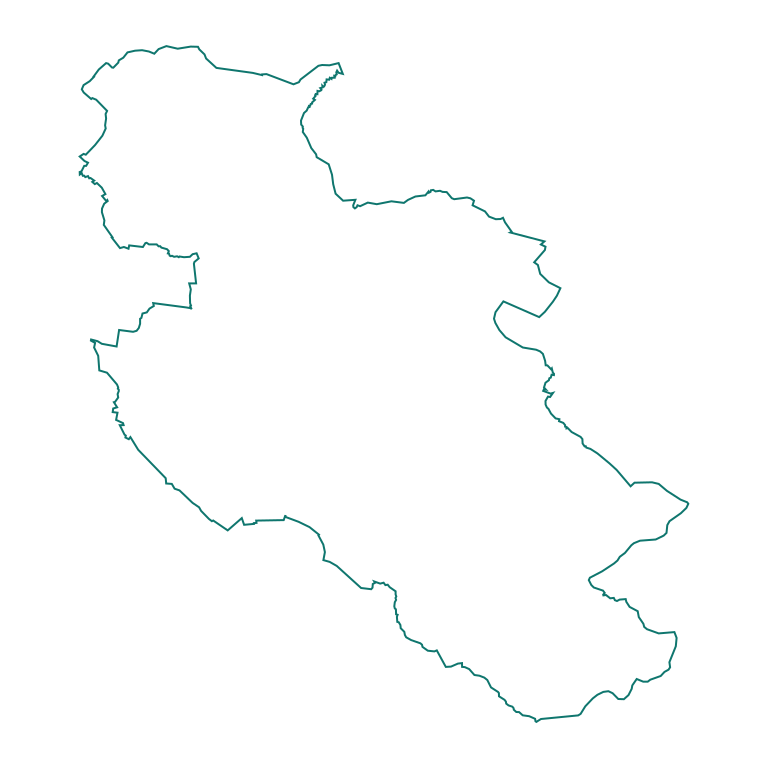 Remetea Chioarului, Maramures, Romania
{"feature_id": "2599482B30714970991865", "entity_name": "Remetea Chioarului", "entity_type": "district", "adm_level": 2, "iso_a3": "ROU", "parent_name": "Romania", "parent_adm1": "Maramures", "projection": "equal_earth", "projection_center": [23.534, 47.521], "detail": "fine", "context": "isolated", "style": "outline", "palette": "teal", "viewbox_px": 768, "rotation_deg": 0, "n_neighbors": 0, "source": "geoboundaries", "source_scale": "gbopen_adm2", "svg_char_len": 6014}
<svg xmlns="http://www.w3.org/2000/svg" viewBox="0 0 768 768"><path d="M503.0,217.8L500.6,219.0L495.8,219.2L489.0,216.6L485.0,211.4L472.6,205.3L474.0,200.7L470.4,198.3L467.0,197.5L454.2,199.2L451.8,198.2L446.7,192.1L442.6,191.9L440.0,190.8L435.5,191.4L433.2,189.9L430.9,190.3L430.5,191.9L428.9,192.7L428.5,191.5L425.4,195.3L415.4,196.5L408.0,199.9L403.9,202.9L391.4,201.3L376.8,204.2L367.8,202.6L360.1,206.2L357.5,205.3L356.6,207.2L354.9,208.4L353.4,207.1L353.2,205.3L355.4,199.8L343.1,200.7L335.6,193.7L333.2,184.2L332.0,174.7L328.7,164.3L316.7,157.2L316.1,154.3L311.3,148.1L306.8,137.7L302.8,132.0L303.2,128.7L302.6,127.8L302.8,126.5L301.2,124.6L301.0,120.6L304.0,113.0L306.7,110.6L308.2,107.3L309.4,107.1L309.1,105.8L310.2,105.7L310.7,104.0L312.1,103.6L312.1,102.4L314.9,99.9L313.2,98.7L315.6,95.9L315.1,95.2L315.7,94.0L317.4,94.2L317.5,90.9L319.2,91.3L321.3,90.2L321.5,89.5L320.3,88.1L322.6,87.4L322.4,85.8L323.4,86.8L324.1,86.5L325.0,84.7L324.5,82.7L326.3,82.2L326.6,79.4L329.2,79.7L329.8,77.8L331.5,78.9L331.7,77.8L334.6,77.7L334.3,75.9L335.3,76.2L335.5,75.1L336.7,74.4L336.3,72.3L337.1,70.6L338.6,72.8L342.8,73.9L338.6,63.1L329.5,65.3L322.1,65.0L318.4,65.8L300.5,79.5L298.9,82.2L293.5,84.3L266.5,74.1L262.1,74.4L262.1,75.1L252.8,72.9L216.4,67.9L206.1,58.5L204.5,54.4L199.3,49.4L198.0,46.8L190.7,46.6L177.7,48.7L166.4,46.1L158.6,49.1L154.3,53.7L148.9,51.5L142.1,50.2L135.0,50.7L127.5,52.4L123.3,57.7L118.8,60.4L118.3,62.6L113.3,67.7L112.0,67.5L108.2,63.7L106.1,63.1L98.8,69.5L93.5,76.7L93.9,76.9L89.7,81.2L83.6,85.1L81.8,89.3L83.7,92.5L91.2,99.0L92.3,98.1L96.2,99.7L107.1,110.9L105.6,114.0L106.1,118.5L105.1,125.3L105.7,128.5L102.4,135.7L95.0,145.1L85.8,154.7L83.6,153.9L79.7,156.5L84.5,161.0L88.0,162.7L86.1,165.9L84.2,165.9L81.5,171.3L79.7,172.0L79.8,174.5L81.7,173.1L82.8,175.8L84.2,175.7L85.3,177.1L88.0,176.1L89.2,178.3L90.5,178.0L94.2,180.6L92.3,181.9L94.8,184.1L96.9,183.0L101.8,187.7L105.4,194.1L102.1,196.0L105.8,200.5L106.7,200.9L107.3,200.1L107.7,201.0L104.2,203.7L102.0,208.6L101.9,212.2L104.4,220.4L103.8,224.9L112.5,237.3L111.8,237.6L120.0,248.1L123.9,247.0L128.5,248.7L129.2,245.4L142.9,247.0L145.4,243.1L146.6,242.8L149.0,244.4L156.7,244.4L158.6,246.3L160.2,246.2L161.4,247.6L167.0,249.2L168.8,251.1L167.9,253.4L169.0,253.6L169.7,255.7L170.8,256.2L172.0,255.8L174.1,256.8L177.1,256.3L178.8,257.2L179.5,256.5L184.0,257.2L189.9,256.8L192.6,254.2L196.6,253.3L198.7,258.4L194.4,262.0L193.9,263.7L196.1,283.4L189.2,283.4L190.8,289.4L189.9,295.6L190.1,303.3L191.0,305.6L190.2,306.2L191.7,309.2L190.8,308.2L186.0,307.4L153.2,303.1L153.8,306.0L149.5,308.6L146.8,312.4L142.5,313.5L141.4,317.9L140.1,318.8L140.1,323.8L138.8,328.0L136.6,330.8L133.1,331.8L119.1,330.0L116.6,346.5L101.8,343.8L97.6,341.2L91.1,339.5L90.9,340.6L95.1,342.9L94.1,347.5L98.2,355.8L99.3,370.4L107.0,372.7L117.0,384.5L118.2,387.4L117.8,388.7L118.7,389.5L118.8,391.0L117.6,394.1L118.2,397.5L115.1,401.8L113.9,402.2L117.1,407.3L113.2,408.5L112.7,412.1L117.5,412.7L116.1,419.9L123.0,423.1L123.6,425.1L119.8,425.2L124.5,434.6L125.8,435.6L125.4,437.5L128.8,439.2L130.4,437.1L138.2,449.8L165.7,478.2L166.2,483.5L171.8,483.9L174.6,488.7L179.5,490.4L192.6,502.9L199.1,507.3L201.1,510.9L209.0,519.0L211.9,521.2L213.2,520.5L227.7,530.4L241.8,518.1L244.1,524.8L254.0,523.9L253.9,523.1L256.5,522.9L256.2,520.6L283.7,520.1L285.4,515.2L285.7,517.0L298.6,521.8L309.5,527.1L319.0,534.7L318.4,535.4L323.3,544.6L324.9,552.1L323.4,560.1L329.7,561.9L336.7,565.9L361.1,588.0L371.2,589.2L372.5,587.7L372.8,584.0L375.1,582.8L374.3,581.5L380.2,583.6L383.6,582.7L385.4,585.1L387.7,584.7L389.7,587.2L395.6,591.3L395.6,594.4L396.3,596.5L395.5,598.0L396.1,599.9L394.8,602.2L394.3,606.3L394.8,608.4L395.9,609.3L396.1,614.3L397.6,614.8L396.9,616.8L397.3,621.9L398.7,622.2L400.4,625.0L400.7,628.2L404.3,631.8L404.9,635.0L406.2,637.3L411.2,640.1L420.4,643.3L422.0,644.7L422.5,646.9L427.8,650.7L434.4,651.4L436.8,650.4L445.8,666.9L451.0,666.6L457.9,663.6L462.0,663.1L462.1,666.9L464.8,667.1L469.2,669.1L474.4,675.0L479.4,675.7L484.3,677.6L487.3,680.0L491.0,687.4L498.1,692.0L498.9,693.1L499.0,696.3L504.5,699.8L505.9,701.6L506.2,703.6L508.5,705.4L512.4,706.7L513.6,708.2L513.8,709.7L516.3,712.0L519.1,712.1L522.7,715.3L529.2,716.2L535.1,718.8L535.5,721.3L536.3,721.9L541.0,719.0L578.2,715.4L580.6,713.9L585.3,706.3L592.8,698.4L597.4,694.8L603.3,691.9L608.4,691.2L612.6,693.2L618.3,699.0L623.9,699.2L628.5,695.1L631.7,688.8L632.3,685.4L636.7,679.0L643.3,681.7L647.7,681.7L650.3,679.7L660.7,676.0L664.5,671.9L668.5,669.7L670.1,667.3L669.4,662.2L675.8,646.3L676.6,637.9L674.4,632.1L658.7,633.4L647.0,629.2L644.2,626.9L643.4,623.8L638.8,617.1L637.7,611.2L629.6,606.9L626.3,601.8L625.7,599.1L619.6,599.6L617.0,601.0L614.9,600.2L613.8,597.9L610.2,598.3L606.0,595.0L603.4,595.4L603.2,594.6L604.7,592.9L603.0,590.6L593.8,587.5L591.3,585.0L588.8,580.1L589.9,577.7L602.0,571.4L614.0,563.5L617.5,560.5L619.8,556.8L625.0,552.9L631.3,545.3L633.9,543.2L640.0,540.7L655.7,539.5L663.7,535.6L666.5,532.9L667.3,525.1L669.5,521.2L680.9,513.2L686.4,507.9L688.3,503.8L687.2,502.3L680.5,499.6L667.0,490.9L658.7,483.9L652.0,482.3L634.5,482.7L630.6,486.3L616.7,470.0L609.5,463.4L597.4,453.4L590.4,448.9L586.3,447.6L585.7,446.2L584.6,446.4L582.6,443.5L582.4,439.1L580.6,436.9L571.6,432.0L567.8,428.1L566.5,428.4L566.6,427.0L565.1,426.6L565.1,425.1L563.3,422.9L559.0,421.2L559.4,419.2L555.6,418.4L551.0,413.6L548.4,408.8L546.9,407.5L545.6,404.6L545.5,401.0L548.0,396.6L550.1,397.0L553.0,392.9L550.6,393.6L543.2,390.9L544.0,389.1L545.8,389.5L544.0,387.5L545.5,382.7L548.9,380.2L549.3,378.3L550.8,377.6L551.6,374.7L553.9,375.1L554.0,373.9L552.8,372.5L551.8,368.4L551.1,369.3L547.4,365.4L545.7,365.3L545.1,360.8L542.9,353.9L540.1,351.4L536.1,349.7L522.8,347.5L505.6,337.3L499.4,330.1L495.4,323.0L494.0,318.7L495.5,312.2L503.4,301.4L539.2,317.1L544.9,311.8L552.9,301.7L556.9,295.7L560.4,288.2L548.8,282.3L540.2,273.9L537.9,265.0L534.2,262.3L544.9,250.0L545.5,246.7L540.9,244.5L544.4,241.4L510.3,232.5L511.7,231.8L505.0,222.3L503.0,217.8Z" fill="none" stroke="#0f766e" stroke-width="2"/></svg>